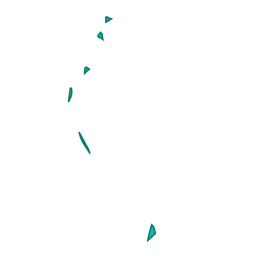 SVG path tracing the border of Laamu, rotated 136°
{"feature_id": "MDV-5239", "entity_name": "Laamu", "entity_type": "Atoll", "adm_level": 1, "iso_a3": "MDV", "parent_name": "Maldives", "parent_adm1": "", "projection": "mercator", "projection_center": [73.461, 1.946], "detail": "coarse", "context": "isolated", "style": "filled", "palette": "teal", "viewbox_px": 256, "rotation_deg": 136, "n_neighbors": 0, "source": "natural_earth", "source_scale": "10m", "svg_char_len": 705}
<svg xmlns="http://www.w3.org/2000/svg" viewBox="0 0 256 256"><g transform="rotate(136 128 128)"><path d="M181.5,33.1L191.8,33.3L188.9,35.5L181.6,40.1L178.1,41.9L178.1,39.6L178.9,37.5L181.5,33.1ZM173.1,136.0L170.7,148.2L168.8,153.9L166.2,158.9L166.0,159.2L171.2,140.3L173.1,136.0ZM152.8,188.0L148.6,191.4L141.9,196.7L141.7,196.5L141.5,196.3L141.2,196.1L141.1,195.8L142.4,194.2L143.7,192.5L146.6,190.5L152.8,188.0ZM84.5,209.1L85.1,211.8L86.2,213.9L85.6,215.3L81.2,215.8L81.4,213.5L82.5,212.0L83.8,210.7L84.5,209.1ZM64.1,218.0L70.4,219.4L67.3,222.9L66.0,222.7L65.3,220.5L64.1,218.0ZM114.9,197.2L121.3,197.5L117.3,201.0L115.8,200.9L114.9,197.2Z" fill="#14b8a6" stroke="#0f766e" stroke-width="1.5"/></g></svg>